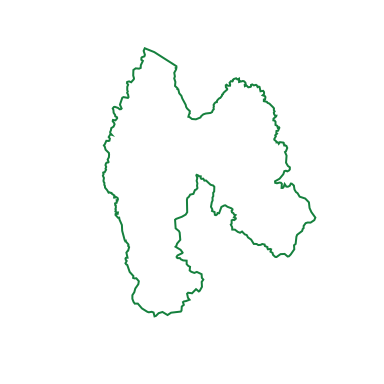 the district of Bafing, Bafing, Ivory Coast, rotated 213°
{"feature_id": "98640826B37750272367318", "entity_name": "Bafing", "entity_type": "district", "adm_level": 2, "iso_a3": "CIV", "parent_name": "Ivory Coast", "parent_adm1": "Bafing", "projection": "albers", "projection_center": [-7.651, 8.455], "detail": "fine", "context": "isolated", "style": "outline", "palette": "green", "viewbox_px": 384, "rotation_deg": 213, "n_neighbors": 0, "source": "geoboundaries", "source_scale": "gbopen_adm2", "svg_char_len": 6094}
<svg xmlns="http://www.w3.org/2000/svg" viewBox="0 0 384 384"><g transform="rotate(213 192 192)"><path d="M179.2,67.2L176.7,68.9L170.6,67.1L164.2,67.2L162.7,67.6L160.5,69.6L158.6,70.0L155.7,67.3L154.8,68.4L154.0,72.2L151.4,75.3L145.5,75.5L143.8,79.4L136.3,85.6L136.2,86.8L138.2,90.4L137.4,92.9L139.6,94.7L139.2,95.8L137.6,97.3L135.4,100.3L137.8,101.1L140.7,104.0L140.4,105.4L136.8,107.1L135.7,112.7L132.1,112.3L131.7,113.4L132.0,117.9L134.9,121.9L134.8,124.7L137.0,125.4L139.2,128.3L144.4,127.6L146.0,125.4L149.2,124.7L151.2,124.9L152.9,128.2L154.9,128.0L157.2,128.6L159.1,131.5L162.2,129.8L164.7,129.5L166.2,130.0L167.8,128.8L169.0,128.7L169.6,129.2L169.6,130.9L166.8,135.5L166.9,136.1L170.1,137.3L176.0,137.1L175.8,138.3L176.4,140.6L175.8,145.5L180.2,151.2L181.6,152.1L185.9,152.6L191.1,159.5L190.6,160.9L187.0,165.7L185.0,169.6L185.0,172.4L192.0,182.7L192.6,184.3L192.0,186.3L192.1,188.8L189.8,191.2L190.6,195.2L189.7,196.6L189.6,198.3L191.2,200.0L192.2,202.2L194.2,203.9L195.2,206.6L197.5,208.4L197.4,209.0L195.5,209.3L194.8,209.0L193.2,209.9L192.4,208.5L191.3,208.1L189.8,209.3L187.8,208.3L186.5,209.3L180.4,208.2L177.7,209.0L176.1,208.5L173.7,204.5L173.8,202.9L171.9,200.1L171.8,198.5L170.1,196.1L169.8,194.1L168.0,189.9L165.5,188.5L164.9,187.0L162.2,187.5L160.4,185.3L159.3,185.6L158.7,187.1L159.1,188.3L157.7,189.0L159.2,195.5L157.6,198.3L156.7,199.0L154.2,198.9L150.0,199.8L148.6,199.6L148.3,198.9L148.5,197.7L147.4,196.7L145.8,196.8L144.4,196.0L142.9,196.4L143.0,193.6L140.9,193.8L140.7,193.0L141.3,191.4L142.7,190.9L143.3,189.8L141.5,187.0L141.7,185.8L139.2,184.4L137.8,182.4L135.5,183.8L131.9,183.5L129.5,184.0L128.5,186.1L124.7,185.2L122.7,185.7L120.3,184.4L116.5,184.3L111.9,182.1L109.5,183.6L107.5,183.6L105.6,185.1L104.8,186.6L102.5,187.5L101.4,186.4L98.8,186.9L97.8,185.6L97.1,185.3L95.3,186.9L94.4,187.0L93.7,184.7L91.3,184.8L89.8,183.4L86.8,182.9L85.7,183.5L83.9,188.1L80.6,190.5L76.6,190.0L75.7,190.9L75.2,193.3L75.0,199.6L77.4,202.9L76.8,204.9L80.1,211.4L80.5,213.4L78.4,219.3L79.0,221.2L78.7,222.4L79.9,224.4L79.7,227.8L78.4,229.4L75.9,230.9L74.1,235.0L74.6,237.7L81.0,240.2L84.7,242.6L88.3,247.0L93.5,248.2L99.2,246.7L102.8,248.5L104.8,248.6L107.4,249.9L110.1,252.9L112.9,253.3L113.7,252.9L113.4,250.4L114.5,248.6L115.8,247.9L118.6,249.1L117.9,246.3L118.1,244.8L119.1,244.2L121.1,247.8L122.4,248.2L123.7,247.6L125.5,245.6L127.2,245.0L128.2,246.2L125.8,250.8L125.1,256.6L125.9,259.8L124.8,261.0L123.3,261.2L122.3,263.1L122.3,264.3L123.4,266.0L125.8,266.1L129.1,267.8L132.5,274.0L135.8,276.2L135.4,277.4L136.1,280.8L138.0,282.1L140.0,281.3L140.3,282.2L141.2,282.2L141.9,283.2L142.3,283.2L145.4,281.7L145.5,279.7L146.7,280.4L148.0,279.7L148.1,280.2L151.5,280.7L151.9,281.4L152.0,284.3L153.1,284.9L152.5,287.2L153.4,287.3L154.4,289.2L153.2,290.3L153.7,293.4L154.4,293.7L155.1,292.6L156.5,293.9L158.5,293.7L160.2,296.4L161.6,296.9L162.8,296.4L163.6,297.9L162.6,301.2L162.8,301.9L163.8,301.2L165.8,302.2L166.7,303.3L166.6,304.6L168.0,305.3L168.8,306.8L170.0,307.2L175.3,308.3L177.2,307.9L178.3,308.4L181.2,307.3L182.1,308.7L181.2,309.5L182.1,311.6L183.0,312.1L185.4,311.6L184.9,313.4L186.0,315.0L187.4,315.6L189.4,313.8L192.6,316.9L193.4,316.8L194.1,315.7L195.7,316.7L196.7,316.7L198.2,315.1L200.1,315.0L200.8,313.9L200.1,312.9L200.1,312.1L201.8,310.5L204.5,311.0L205.3,309.6L206.2,310.6L205.8,311.8L206.8,312.8L208.6,313.2L209.8,312.8L211.0,311.4L212.6,311.2L212.1,310.2L212.4,309.9L214.3,312.7L215.3,311.1L216.9,311.4L218.4,309.6L218.8,308.3L218.3,307.8L218.3,306.8L219.7,306.2L220.0,304.1L218.7,303.1L218.0,301.9L219.6,300.7L221.5,300.8L221.8,299.9L220.6,298.3L218.8,297.8L218.3,297.1L219.6,292.4L219.3,291.1L219.8,290.1L219.3,289.3L219.5,286.3L220.1,285.6L220.6,283.5L220.7,282.2L220.1,280.9L221.0,280.2L221.4,278.7L221.3,276.7L220.3,275.8L220.0,274.7L218.8,273.2L219.1,271.8L218.7,270.0L219.5,268.4L223.2,265.3L224.8,263.3L225.6,260.6L225.5,259.1L228.3,255.1L231.8,253.2L234.9,253.5L236.0,253.1L236.8,255.6L236.7,256.8L237.3,257.3L237.8,258.6L241.7,259.4L243.3,260.2L244.8,261.7L251.2,265.2L253.3,266.9L256.4,267.8L259.4,270.6L260.3,270.3L260.8,271.1L264.0,271.7L265.9,275.3L268.8,277.6L269.3,279.6L271.8,282.3L272.1,286.1L272.4,286.9L273.2,287.1L272.9,288.0L273.6,289.0L299.8,288.8L309.9,286.8L309.4,284.0L306.2,281.4L305.8,279.8L307.4,277.8L307.5,277.0L306.5,275.3L304.6,275.2L304.0,270.5L302.6,268.1L303.6,266.6L306.6,265.0L307.6,262.4L304.7,257.6L302.6,255.8L302.2,254.8L302.8,250.9L305.0,250.5L306.3,249.0L305.9,247.9L304.0,247.2L303.6,245.0L301.8,242.2L300.6,241.3L300.4,239.8L298.7,238.9L296.9,237.0L297.0,236.0L301.1,234.3L301.8,233.1L300.0,226.0L296.5,223.7L296.7,222.8L297.7,222.0L299.9,222.2L303.1,221.4L303.8,220.7L304.0,218.9L302.6,218.0L300.9,215.8L298.4,214.7L297.6,213.7L295.5,213.8L294.9,213.0L295.2,210.4L297.5,209.4L297.1,208.2L294.6,207.3L293.8,206.6L293.4,204.1L294.5,201.6L293.6,199.6L293.3,197.7L292.6,196.9L290.4,196.3L291.9,195.9L291.8,192.7L290.0,192.1L289.2,190.1L289.7,189.4L291.7,188.3L291.1,184.3L291.3,183.1L289.7,182.4L287.5,180.4L283.0,179.5L281.9,178.2L280.6,175.8L280.4,173.3L278.3,171.7L278.4,171.1L279.6,170.1L279.7,169.0L279.2,167.4L277.6,166.3L277.2,164.4L276.2,163.9L276.0,161.0L277.0,160.2L277.0,159.7L275.9,158.8L275.6,157.1L273.5,155.8L272.4,153.3L271.7,152.5L270.5,152.0L269.4,150.2L268.4,149.7L267.3,148.3L264.1,147.3L261.6,146.0L260.9,146.9L260.0,146.8L259.0,147.4L258.2,146.9L255.2,146.8L254.3,144.9L253.6,145.3L253.4,146.3L253.1,146.4L251.3,146.5L250.2,145.7L249.8,144.2L250.6,144.0L249.3,142.0L250.3,140.5L249.1,139.1L248.6,139.2L247.2,137.2L247.0,136.0L246.1,135.5L245.6,133.9L243.9,133.9L243.0,134.5L242.4,133.2L244.1,132.0L243.7,131.1L239.9,130.1L239.1,130.8L237.8,129.4L232.8,126.1L229.4,121.4L222.4,115.1L221.2,114.4L220.9,115.0L220.3,114.4L216.8,113.4L216.2,112.7L216.2,112.0L214.7,111.5L213.6,108.0L213.9,107.7L214.0,105.4L210.3,101.8L211.5,100.9L211.6,100.1L210.7,99.1L209.2,98.6L209.0,96.0L207.8,95.5L206.6,95.6L200.7,91.0L195.4,89.6L194.6,87.9L193.2,88.2L191.7,89.3L188.0,88.2L186.8,85.4L187.0,80.2L185.8,76.5L185.8,73.0L183.8,69.9L181.2,68.0L179.2,67.2Z" fill="none" stroke="#15803d" stroke-width="2"/></g></svg>